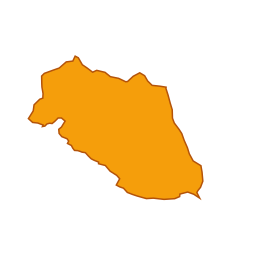 outline of Fasoula Lemesou, Limassol, Cyprus, rotated 309°
{"feature_id": "46923920B8912190336740", "entity_name": "Fasoula Lemesou", "entity_type": "district", "adm_level": 2, "iso_a3": "CYP", "parent_name": "Cyprus", "parent_adm1": "Limassol", "projection": "robinson", "projection_center": [33.027, 34.754], "detail": "fine", "context": "isolated", "style": "filled", "palette": "amber", "viewbox_px": 256, "rotation_deg": 309, "n_neighbors": 0, "source": "geoboundaries", "source_scale": "gbopen_adm2", "svg_char_len": 1353}
<svg xmlns="http://www.w3.org/2000/svg" viewBox="0 0 256 256"><g transform="rotate(309 128 128)"><path d="M75.3,60.6L77.2,62.2L80.2,62.5L82.4,64.1L83.7,66.2L86.9,66.9L91.8,67.4L93.9,70.0L93.8,74.8L90.5,75.2L86.9,75.7L83.4,75.0L80.4,77.9L79.6,82.0L81.3,87.4L80.5,90.1L77.9,90.7L78.8,95.0L77.6,97.7L76.9,100.5L78.8,103.2L79.7,105.5L80.3,107.5L80.8,108.3L82.0,110.4L81.3,114.8L80.9,118.8L81.6,122.0L83.0,126.6L81.7,127.6L84.6,134.0L83.2,141.3L84.1,149.0L83.3,153.5L76.3,154.8L77.0,158.5L78.4,162.4L77.5,168.0L79.2,173.3L80.8,177.6L81.3,178.8L84.7,186.7L89.4,191.8L95.2,200.9L102.5,208.8L107.2,211.3L109.3,209.9L115.8,214.7L117.9,220.8L118.6,227.8L119.1,226.7L121.2,222.1L123.4,221.7L124.9,221.7L127.5,221.7L133.8,219.6L140.4,213.2L143.7,209.4L144.6,208.4L143.4,199.4L146.5,191.9L150.1,186.5L153.7,179.5L157.5,173.3L159.1,168.4L161.0,160.8L163.6,156.4L170.0,150.9L174.0,145.0L178.8,138.4L182.6,132.6L183.7,131.9L180.4,126.2L176.3,119.9L176.9,113.7L179.1,108.0L178.3,102.4L171.5,99.5L163.8,98.4L162.5,97.1L160.7,89.5L156.8,82.0L156.8,75.1L153.1,67.4L149.1,65.4L148.9,58.5L148.4,52.7L151.3,45.2L150.6,41.7L145.3,43.0L140.5,38.4L131.3,36.8L125.8,33.4L117.8,28.6L114.0,28.2L108.3,33.0L105.6,35.4L101.3,40.3L97.6,43.0L94.8,41.3L86.9,40.4L81.6,43.6L72.6,44.7L72.3,50.4L75.1,54.8L76.9,60.2L75.3,60.6Z" fill="#f59e0b" stroke="#b45309" stroke-width="1.5"/></g></svg>